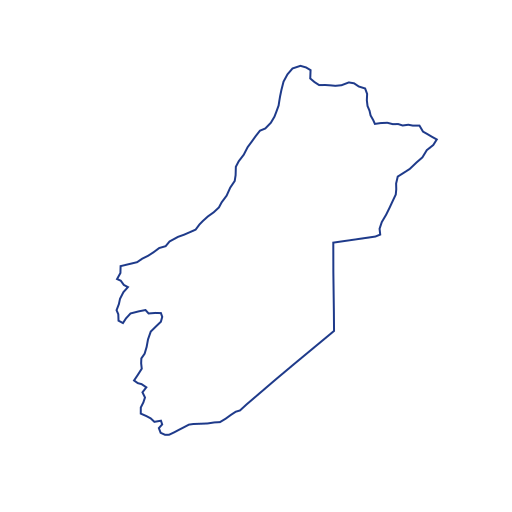 Sapé, Paraíba, Brazil (Equal Earth projection), rotated 34°
{"feature_id": "56859067B23946406299674", "entity_name": "Sapé", "entity_type": "district", "adm_level": 2, "iso_a3": "BRA", "parent_name": "Brazil", "parent_adm1": "Paraíba", "projection": "equal_earth", "projection_center": [-35.211, -7.059], "detail": "fine", "context": "isolated", "style": "outline", "palette": "blue", "viewbox_px": 512, "rotation_deg": 34, "n_neighbors": 0, "source": "geoboundaries", "source_scale": "gbopen_adm2", "svg_char_len": 2043}
<svg xmlns="http://www.w3.org/2000/svg" viewBox="0 0 512 512"><g transform="rotate(34 256 256)"><path d="M290.4,72.1L285.0,76.1L280.7,80.0L277.2,77.8L272.4,75.4L268.9,72.1L264.6,69.3L260.8,64.9L257.5,59.5L252.8,56.1L246.4,58.0L240.7,58.0L235.9,60.2L231.4,66.6L226.7,70.5L222.3,72.9L218.0,75.4L212.7,79.0L207.2,79.1L201.7,78.5L197.3,71.4L192.0,71.7L186.5,73.5L181.4,80.1L180.5,87.8L181.3,96.0L184.2,104.1L186.7,110.2L188.7,114.6L190.6,118.6L192.2,125.0L193.4,130.2L193.8,137.3L192.4,145.1L189.2,149.9L188.7,156.8L188.5,163.8L188.2,170.4L189.2,178.9L188.7,187.1L189.4,193.3L193.9,200.4L196.4,205.7L196.4,213.7L197.9,222.4L197.5,230.7L198.1,236.5L196.5,243.4L194.0,250.1L192.4,256.5L191.5,261.4L191.2,267.9L184.5,278.5L180.6,283.8L176.2,292.3L175.6,298.4L171.3,303.5L169.0,310.1L166.4,316.2L163.2,321.8L160.9,327.6L149.4,340.1L153.1,345.9L153.7,352.8L157.7,352.1L162.6,353.9L167.2,353.4L166.3,360.1L167.2,367.5L169.2,372.5L170.7,378.9L174.4,381.3L178.2,386.5L183.2,386.0L183.1,380.4L184.1,373.8L189.8,367.4L194.6,362.6L199.1,363.7L204.4,359.5L209.1,356.5L212.3,358.9L213.9,363.7L212.4,370.6L211.0,377.5L213.1,385.5L216.2,392.6L218.3,399.3L218.2,405.0L220.8,409.2L224.3,413.3L224.5,421.1L224.5,427.4L229.1,427.5L232.8,426.2L238.5,426.2L238.1,432.5L243.1,435.4L244.5,440.4L245.2,446.0L248.6,451.1L254.7,450.0L259.5,449.5L264.5,450.3L269.3,445.7L272.4,448.1L271.7,453.0L275.8,455.9L280.6,455.1L283.9,452.8L286.8,447.9L289.2,443.4L291.4,439.4L294.7,433.3L297.9,430.4L301.6,427.7L304.9,425.3L309.5,421.9L314.6,417.2L319.0,413.9L321.8,407.9L324.1,401.6L326.3,396.4L329.1,393.0L331.2,384.2L341.7,346.2L348.1,323.9L362.6,274.5L351.9,258.9L336.0,236.0L329.2,226.2L312.6,201.7L344.1,173.1L347.0,168.8L343.2,164.3L341.3,157.5L340.8,149.0L339.7,141.0L338.8,135.4L337.5,126.9L335.0,122.3L331.6,117.5L329.1,110.9L332.0,104.3L334.8,97.8L336.8,88.6L338.8,81.2L338.4,72.7L340.9,64.9L340.7,58.3L335.1,58.8L329.8,59.1L324.9,59.5L318.6,56.5L313.1,60.2L308.9,62.0L304.6,65.8L300.1,67.1L295.7,70.2L290.4,72.1Z" fill="none" stroke="#1e3a8a" stroke-width="2"/></g></svg>